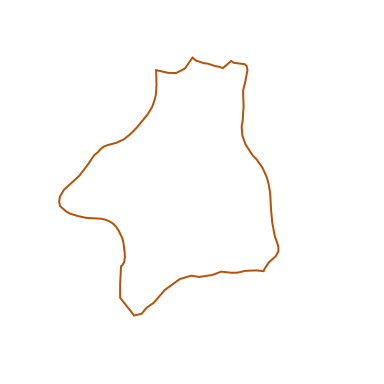 Jangphung, Hwanghae-bukto, North Korea, rotated 310°
{"feature_id": "82179303B70820658627831", "entity_name": "Jangphung", "entity_type": "district", "adm_level": 2, "iso_a3": "PRK", "parent_name": "North Korea", "parent_adm1": "Hwanghae-bukto", "projection": "mercator", "projection_center": [126.771, 38.094], "detail": "fine", "context": "isolated", "style": "outline", "palette": "amber", "viewbox_px": 384, "rotation_deg": 310, "n_neighbors": 0, "source": "geoboundaries", "source_scale": "gbopen_adm2", "svg_char_len": 1395}
<svg xmlns="http://www.w3.org/2000/svg" viewBox="0 0 384 384"><g transform="rotate(310 192 192)"><path d="M262.3,86.2L250.8,96.3L243.5,101.6L239.4,103.8L231.2,106.9L222.8,108.1L205.7,108.3L196.8,107.6L188.8,106.0L180.9,102.3L173.2,96.9L169.8,95.2L165.7,94.3L161.7,94.3L157.3,93.4L144.8,94.7L132.0,95.2L111.2,92.5L103.5,93.8L99.4,96.3L98.4,97.4L96.4,100.0L96.2,108.1L96.9,112.1L100.1,119.8L104.2,127.6L113.0,139.4L115.1,143.4L116.5,147.6L117.0,151.6L116.7,155.8L115.4,160.3L112.1,167.8L109.5,171.6L102.3,179.4L98.7,182.7L94.6,185.1L91.0,185.8L89.5,185.4L75.3,196.1L64.8,204.9L60.2,227.1L66.3,231.6L74.5,231.7L82.7,233.9L99.1,234.1L102.7,234.9L117.5,238.6L127.6,245.4L131.5,252.1L141.6,261.0L149.7,265.5L155.7,274.4L159.7,278.9L165.7,283.4L169.8,287.8L173.8,292.3L177.4,297.8L179.3,297.1L187.5,296.1L196.7,297.4L202.2,296.3L206.0,292.8L211.8,283.3L220.2,273.1L228.5,264.7L231.0,262.3L241.5,252.5L247.5,245.4L251.5,239.6L251.8,239.0L255.9,230.3L258.5,220.6L259.0,215.3L259.5,213.4L261.8,205.7L262.8,202.6L266.3,196.5L267.6,194.3L274.0,188.0L278.9,185.2L290.5,176.7L300.3,167.9L302.8,165.8L303.8,165.3L309.8,162.4L319.0,157.3L321.0,156.2L323.7,152.8L323.7,151.2L323.8,150.3L322.7,148.5L317.9,141.1L317.5,137.7L306.9,136.1L305.4,132.3L303.4,128.9L300.4,121.4L298.3,118.3L295.3,110.7L295.3,106.0L281.9,107.2L273.0,103.4L268.0,97.2L262.3,86.2Z" fill="none" stroke="#b45309" stroke-width="2"/></g></svg>